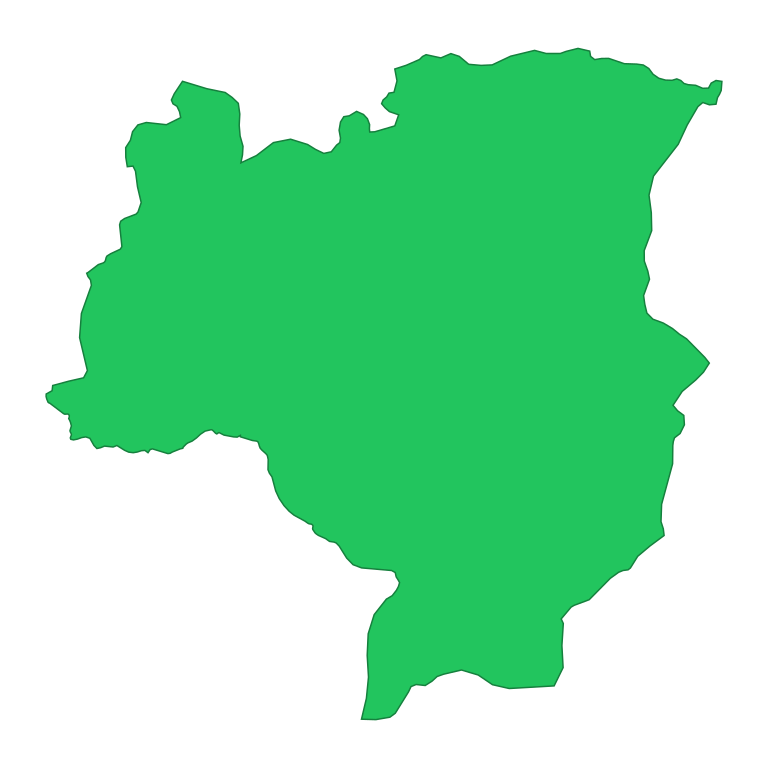 map outline of Tabora (orthographic projection)
{"feature_id": "TZA-3359", "entity_name": "Tabora", "entity_type": "Region", "adm_level": 1, "iso_a3": "TZA", "parent_name": "United Republic of Tanzania", "parent_adm1": "", "projection": "orthographic", "projection_center": [32.512, -5.492], "detail": "fine", "context": "isolated", "style": "filled", "palette": "green", "viewbox_px": 768, "rotation_deg": 0, "n_neighbors": 0, "source": "natural_earth", "source_scale": "10m", "svg_char_len": 3865}
<svg xmlns="http://www.w3.org/2000/svg" viewBox="0 0 768 768"><path d="M721.9,81.4L721.2,90.5L719.5,94.3L717.5,97.6L716.0,104.2L709.4,104.8L702.8,102.5L697.9,106.6L687.2,125.0L678.2,144.3L653.5,176.1L649.0,195.1L651.3,212.7L651.7,230.6L644.2,250.6L644.3,261.1L647.8,271.1L649.5,279.2L643.6,295.5L644.8,304.3L646.9,313.1L652.9,319.2L663.4,323.1L672.7,328.7L679.4,334.2L686.5,338.8L704.8,357.4L709.3,363.1L703.5,372.1L695.7,380.0L682.2,391.4L673.0,405.3L677.6,410.8L683.8,415.4L684.4,424.8L680.1,433.5L674.5,437.8L673.3,441.6L672.8,445.6L672.6,463.8L661.6,504.3L661.0,521.6L663.3,528.8L664.1,535.5L649.8,546.1L637.7,556.3L630.4,568.0L628.1,569.8L623.0,570.5L618.6,572.3L610.3,578.3L589.2,599.7L574.2,605.3L571.1,607.1L561.2,618.9L563.3,623.5L561.9,645.6L563.1,667.6L554.1,685.9L509.2,688.5L492.5,684.7L478.2,675.0L461.4,670.0L443.6,674.2L437.1,676.5L432.1,681.1L425.2,685.5L416.1,684.5L411.0,686.6L408.5,691.9L395.3,713.2L389.9,717.2L375.9,719.6L361.5,719.2L366.4,698.4L368.5,677.1L367.2,655.4L368.2,633.8L374.2,614.6L386.4,599.1L392.2,595.7L396.4,590.3L398.4,586.6L399.6,582.6L398.0,579.7L396.2,576.9L395.2,572.5L391.6,570.5L361.6,567.9L353.1,564.7L346.7,558.1L339.2,546.1L336.2,543.0L334.1,542.1L329.5,541.4L325.6,538.6L318.4,535.4L316.2,533.9L315.0,532.8L312.8,529.5L312.6,528.6L313.0,526.2L312.8,525.3L311.6,524.2L309.0,523.8L307.7,523.1L304.9,521.1L294.2,515.3L289.3,511.4L284.0,505.6L279.2,498.5L275.7,490.9L272.0,476.9L269.4,473.2L268.0,469.7L268.2,459.5L267.3,455.4L265.8,453.6L261.9,450.1L260.2,448.2L259.4,446.2L258.8,443.9L258.0,441.9L256.7,441.1L252.4,440.5L240.4,436.8L240.4,435.4L237.2,437.1L233.6,436.9L224.0,435.1L219.1,432.6L218.3,432.8L217.6,433.5L216.7,433.9L215.5,433.2L213.5,431.1L212.4,430.1L211.2,429.7L205.1,431.1L200.5,434.2L196.5,437.9L192.1,441.1L187.9,442.9L186.3,444.0L184.1,446.2L182.9,447.6L182.8,448.3L180.2,448.9L172.4,452.0L170.1,453.3L167.9,453.6L152.5,448.9L150.2,449.5L148.0,452.7L144.9,450.4L141.4,450.7L137.4,452.0L133.2,452.7L128.6,452.1L124.6,450.3L116.9,445.5L113.1,447.0L104.5,446.1L100.6,447.7L96.9,448.5L93.9,445.4L89.9,438.3L85.8,436.9L81.6,437.6L77.5,439.1L73.5,439.9L70.8,439.3L70.3,437.9L71.4,434.9L71.2,433.7L70.2,431.7L70.0,430.6L71.4,425.9L70.5,422.4L69.7,420.4L68.7,418.6L69.2,417.1L69.3,415.7L68.6,414.4L67.7,414.0L64.8,414.2L63.6,413.7L49.8,403.2L48.9,402.9L48.1,402.3L46.7,398.9L46.1,396.5L46.2,394.0L52.1,390.7L52.7,385.5L68.7,381.2L83.6,377.8L87.4,370.6L79.6,337.6L81.4,313.5L91.4,285.4L90.5,279.9L88.0,276.6L86.7,273.2L88.0,272.5L98.3,264.6L103.0,263.0L104.5,262.1L105.4,260.6L106.2,257.4L107.0,256.0L110.7,253.7L120.3,249.2L121.9,246.6L119.6,224.8L120.7,221.2L124.6,218.5L136.1,214.1L138.0,212.0L141.2,202.6L137.5,186.8L135.5,171.2L133.0,166.1L127.3,166.7L125.8,157.3L125.7,147.6L130.4,140.3L132.6,131.6L137.9,124.9L146.3,122.5L166.4,124.7L180.7,117.6L179.5,111.7L177.0,106.3L173.0,103.8L171.4,100.0L174.3,93.7L182.5,81.3L206.8,88.7L225.2,92.5L232.2,97.5L238.3,103.3L239.8,114.0L239.2,125.3L240.1,136.0L243.0,146.3L242.5,154.9L240.9,162.8L256.4,155.6L273.4,142.6L290.6,139.2L307.6,144.5L315.5,149.4L323.8,153.4L331.3,151.8L336.6,145.1L339.8,142.6L340.5,138.1L339.1,130.2L340.5,122.0L343.8,116.7L349.3,115.8L356.6,111.4L363.5,114.5L367.4,118.7L369.6,124.6L369.4,128.5L369.7,132.0L374.7,131.8L394.8,125.9L398.7,114.8L389.4,111.6L385.2,107.9L381.6,103.7L383.1,100.0L386.7,96.9L389.0,93.1L394.0,92.3L397.0,80.9L394.8,69.0L406.2,65.3L419.5,59.5L422.5,56.5L426.1,54.7L440.9,57.9L450.9,53.6L459.3,56.4L468.7,64.3L481.1,65.4L492.2,64.9L510.6,56.2L534.6,50.4L546.2,53.5L560.3,53.5L566.1,51.4L578.0,48.4L589.7,51.1L590.6,56.4L594.7,59.6L601.6,58.5L608.7,58.4L624.3,63.7L636.7,64.1L643.3,65.0L648.8,68.5L653.0,74.2L658.7,78.2L665.5,80.1L672.1,80.3L676.8,78.9L680.8,80.5L684.0,83.5L688.2,84.7L695.7,85.3L702.7,88.3L708.5,88.1L711.2,83.1L716.0,80.5L721.9,81.4Z" fill="#22c55e" stroke="#15803d" stroke-width="1.5"/></svg>